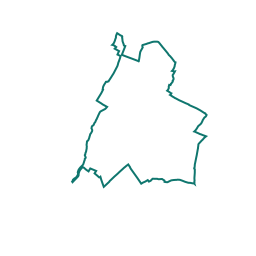 Muntenii De Jos, Vaslui, Romania, rotated 55°
{"feature_id": "2599482B60230314306463", "entity_name": "Muntenii De Jos", "entity_type": "district", "adm_level": 2, "iso_a3": "ROU", "parent_name": "Romania", "parent_adm1": "Vaslui", "projection": "albers", "projection_center": [27.801, 46.588], "detail": "fine", "context": "isolated", "style": "outline", "palette": "teal", "viewbox_px": 256, "rotation_deg": 55, "n_neighbors": 0, "source": "geoboundaries", "source_scale": "gbopen_adm2", "svg_char_len": 5663}
<svg xmlns="http://www.w3.org/2000/svg" viewBox="0 0 256 256"><g transform="rotate(55 128 128)"><path d="M140.0,204.3L140.0,204.5L140.6,204.5L140.4,203.7L139.9,201.1L139.7,200.0L139.1,197.0L138.9,196.4L138.5,195.7L137.1,194.6L136.6,194.0L136.1,193.4L135.8,192.9L135.3,192.2L135.1,191.7L134.9,191.2L134.6,190.3L134.5,189.6L134.2,188.5L133.9,187.6L135.2,186.9L138.2,186.2L140.9,185.2L140.2,183.7L139.5,182.1L144.9,178.7L146.0,181.4L149.4,180.5L151.2,180.1L152.0,179.9L152.2,179.6L152.2,179.4L152.3,179.2L152.2,178.6L155.1,179.6L157.9,180.4L161.2,181.3L162.3,181.6L162.2,180.6L161.4,174.9L161.3,174.2L160.9,173.3L160.8,172.3L160.4,169.7L160.0,167.1L159.7,164.4L159.4,162.0L159.2,160.9L158.9,158.6L158.6,156.1L158.3,154.0L158.2,152.1L158.1,151.5L158.0,148.7L161.3,148.8L161.8,149.0L163.2,149.1L174.4,149.0L181.2,149.1L181.3,147.0L181.5,146.1L181.8,144.5L182.0,141.7L183.6,141.6L183.9,141.6L184.0,141.0L184.1,140.4L184.2,139.8L184.2,139.5L184.0,138.9L183.9,138.3L183.8,137.6L183.7,137.3L183.7,137.0L183.8,136.7L184.0,136.5L184.6,135.7L185.3,134.7L186.2,133.5L186.3,133.3L187.3,132.5L187.6,132.2L188.6,130.5L188.9,130.0L189.2,129.5L189.4,129.3L190.8,128.8L191.6,128.4L191.8,128.3L192.1,128.3L193.0,129.0L193.5,128.6L194.9,127.0L195.1,126.6L195.2,125.6L195.7,122.6L196.2,121.6L196.6,120.8L197.7,118.9L198.1,118.4L198.5,117.6L198.8,117.0L199.1,116.6L199.8,115.7L200.5,115.0L202.5,113.6L204.8,112.1L207.1,110.3L207.9,109.5L208.5,108.6L210.4,106.8L210.9,106.1L211.2,105.8L211.9,105.6L211.3,105.4L210.9,104.9L210.7,104.8L209.7,104.2L209.5,103.8L207.2,102.4L203.0,99.0L200.2,97.0L199.9,97.1L199.6,96.9L199.0,96.9L198.9,96.7L198.7,96.6L198.6,96.3L198.4,96.0L197.7,95.4L196.5,94.4L196.1,94.1L195.2,93.1L193.2,91.0L191.2,88.9L189.9,87.5L188.4,86.0L185.2,82.8L184.8,82.3L184.1,81.8L183.3,81.0L182.5,80.3L182.2,80.1L181.8,79.7L181.6,79.4L181.5,79.1L181.3,78.2L180.8,75.9L180.6,75.1L180.5,74.4L180.4,73.6L180.2,72.8L179.8,71.2L179.7,70.3L179.6,68.8L178.7,69.4L176.6,70.9L175.3,71.7L174.3,72.5L172.5,73.5L171.4,74.2L169.4,75.3L168.9,75.7L168.7,74.5L168.4,73.3L168.2,72.8L167.7,71.5L166.8,69.6L166.7,69.2L166.6,67.9L166.4,66.1L166.1,65.1L165.6,64.2L165.3,63.5L164.5,62.4L163.3,59.5L163.2,57.8L163.0,57.2L162.8,56.8L162.4,56.2L162.2,56.3L161.5,56.3L160.9,56.4L160.4,56.3L159.9,56.7L159.6,56.7L159.5,56.8L159.4,56.9L155.0,58.7L151.3,60.5L149.8,61.4L145.2,64.2L144.0,64.8L143.7,64.7L142.2,65.6L141.0,66.4L137.2,68.6L134.7,70.1L133.9,70.5L130.9,72.0L130.7,72.2L130.1,72.5L129.9,72.5L129.7,72.6L127.3,73.7L127.1,73.7L126.2,74.1L125.3,74.4L125.1,74.5L125.1,74.2L125.0,73.9L124.7,73.0L124.5,72.6L124.0,72.9L123.4,73.1L122.8,73.3L122.3,73.5L121.7,73.7L121.0,74.0L119.9,74.5L119.8,74.0L119.5,73.1L119.2,72.5L118.8,71.8L118.3,71.4L118.0,71.2L117.7,71.1L117.6,70.9L117.2,70.6L116.3,69.5L117.2,68.6L116.6,67.5L116.4,67.4L116.4,67.2L116.2,66.3L116.0,65.9L115.8,65.1L115.7,64.8L115.5,64.7L115.2,64.3L114.8,64.2L114.4,63.0L114.0,62.6L113.7,62.4L113.3,62.1L111.8,61.8L110.8,61.4L110.2,60.9L109.8,59.7L108.9,57.8L108.5,57.1L108.3,57.5L107.4,58.5L107.1,58.7L106.5,59.2L106.3,58.1L106.2,57.9L106.0,57.4L105.8,57.2L105.6,56.6L105.3,56.0L104.2,54.4L104.0,54.2L103.2,53.5L103.0,53.2L102.1,52.1L101.5,51.5L101.2,51.8L98.9,52.0L98.5,51.9L97.7,52.0L97.3,52.0L96.1,52.0L94.6,52.2L93.9,52.2L91.4,52.7L89.9,52.6L87.0,52.8L82.1,53.2L81.5,53.3L80.6,53.3L76.1,53.6L74.9,53.8L74.1,54.5L72.5,56.7L71.7,58.1L71.7,58.3L71.4,58.9L71.0,60.3L70.4,62.4L70.2,62.7L70.0,63.4L69.8,64.2L69.6,65.0L68.9,67.0L68.7,67.7L68.4,68.5L68.5,68.8L68.7,69.0L69.0,69.2L69.6,69.5L69.8,69.6L70.1,69.6L70.4,69.7L71.2,71.3L72.0,73.0L72.8,74.4L74.1,75.7L76.9,78.3L78.4,79.8L78.8,80.3L79.4,80.7L79.5,81.0L78.6,81.5L74.0,84.6L70.1,87.3L66.0,90.1L64.5,91.0L59.3,83.2L58.1,84.0L57.6,83.9L56.9,83.5L56.4,83.4L54.5,82.9L53.6,82.6L52.8,82.1L51.5,81.4L51.1,81.1L50.7,81.1L49.7,80.2L49.1,80.2L47.9,81.0L46.1,81.7L44.1,82.5L44.3,82.9L44.7,83.6L45.7,85.0L46.0,85.3L46.2,85.5L46.5,85.7L46.9,85.9L47.5,86.7L47.9,87.4L48.5,88.1L49.1,88.9L50.1,90.5L50.3,90.9L50.5,91.4L50.8,92.5L50.9,93.2L52.0,92.2L52.4,92.1L52.5,92.1L53.2,91.9L53.3,91.7L54.9,91.2L55.4,93.4L59.9,91.2L60.4,92.2L61.3,93.7L61.8,94.5L64.8,92.8L66.2,94.5L67.2,95.9L68.0,97.0L68.9,98.4L70.2,99.9L70.9,100.8L71.3,101.4L75.1,108.7L75.7,110.2L76.9,113.0L78.4,116.8L78.6,117.2L78.4,117.4L78.3,118.5L77.6,119.3L77.5,119.6L77.8,120.1L78.2,121.1L78.9,122.8L79.6,124.1L80.0,124.7L80.3,125.1L81.4,126.1L81.9,126.7L82.3,126.5L83.5,128.7L83.5,128.8L83.7,129.1L84.3,130.3L87.6,137.9L89.0,137.3L92.5,135.8L94.2,135.2L98.7,133.0L99.1,134.5L99.3,135.6L99.3,136.0L98.8,139.9L98.7,141.1L98.9,142.0L99.5,143.1L100.8,145.4L101.7,146.8L102.4,148.1L102.9,148.8L103.1,149.5L104.3,151.3L104.5,151.8L104.5,152.1L104.6,152.5L105.2,153.5L105.7,154.2L105.9,155.2L105.9,155.4L105.8,155.8L105.8,156.1L106.0,156.5L106.3,157.1L107.0,157.7L107.3,158.1L108.6,158.3L109.2,158.5L109.4,158.7L109.9,159.1L110.2,159.6L110.6,160.4L110.9,161.0L111.2,161.7L111.3,162.3L111.9,163.1L112.5,163.7L112.9,164.4L113.6,165.1L114.5,166.4L115.0,167.1L115.4,168.2L115.4,169.2L115.6,169.4L116.2,169.9L117.3,170.9L117.9,171.5L118.4,171.8L119.6,172.4L120.6,173.3L121.1,173.6L122.1,174.7L123.3,175.9L124.1,177.2L124.4,177.5L124.9,177.9L125.2,178.4L125.3,178.8L125.5,179.0L125.9,179.1L126.4,179.2L127.8,179.5L128.1,179.8L128.3,180.1L128.4,180.7L128.5,181.1L129.3,181.7L130.0,182.8L130.5,183.4L131.7,185.0L132.2,185.7L132.4,186.4L132.6,187.5L132.8,188.7L133.0,189.8L133.5,191.4L133.9,192.4L134.7,193.6L135.5,194.6L135.8,194.7L136.4,194.8L136.9,195.3L137.4,195.8L137.7,196.2L138.1,197.1L138.6,198.4L138.7,198.9L138.7,199.3L138.7,199.9L138.6,200.8L138.7,201.6L138.8,202.6L139.0,203.0L140.0,204.3Z" fill="none" stroke="#0f766e" stroke-width="2"/></g></svg>